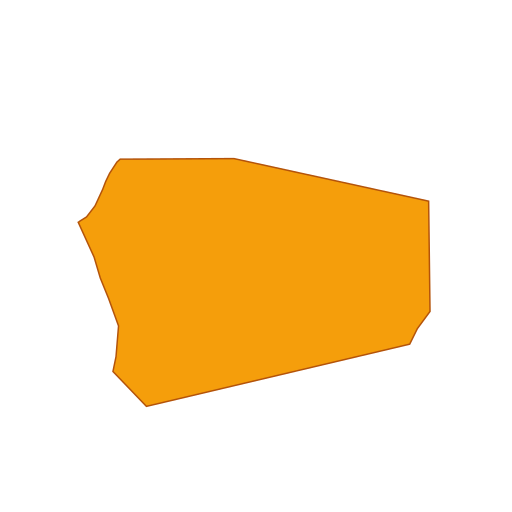 the district of Barh-El-Gazel Nord, Barh El Gazel, Chad, rotated 64°
{"feature_id": "50815135B23579173703051", "entity_name": "Barh-El-Gazel Nord", "entity_type": "district", "adm_level": 2, "iso_a3": "TCD", "parent_name": "Chad", "parent_adm1": "Barh El Gazel", "projection": "mercator", "projection_center": [16.657, 14.849], "detail": "fine", "context": "isolated", "style": "filled", "palette": "amber", "viewbox_px": 512, "rotation_deg": 64, "n_neighbors": 0, "source": "geoboundaries", "source_scale": "gbopen_adm2", "svg_char_len": 505}
<svg xmlns="http://www.w3.org/2000/svg" viewBox="0 0 512 512"><g transform="rotate(64 256 256)"><path d="M402.6,156.5L392.0,142.8L382.1,123.9L282.4,76.8L158.8,233.1L125.4,302.5L112.1,330.1L109.4,335.6L110.6,339.8L117.5,351.3L123.1,358.4L128.9,364.6L140.0,378.2L140.1,378.4L140.5,378.9L146.6,391.2L147.4,398.8L147.8,400.7L147.8,400.9L147.8,401.0L186.0,402.0L207.5,405.6L229.5,407.1L258.6,410.2L285.2,426.0L297.1,435.2L343.1,420.4L402.6,156.5Z" fill="#f59e0b" stroke="#b45309" stroke-width="1.5"/></g></svg>